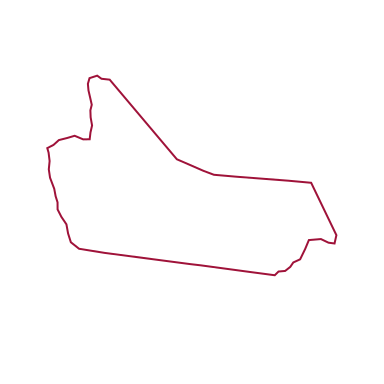 Joaquim Nabuco, Pernambuco, Brazil (Mercator projection), rotated 286°
{"feature_id": "56859067B87449360665449", "entity_name": "Joaquim Nabuco", "entity_type": "district", "adm_level": 2, "iso_a3": "BRA", "parent_name": "Brazil", "parent_adm1": "Pernambuco", "projection": "mercator", "projection_center": [-35.538, -8.57], "detail": "fine", "context": "isolated", "style": "outline", "palette": "rose", "viewbox_px": 384, "rotation_deg": 286, "n_neighbors": 0, "source": "geoboundaries", "source_scale": "gbopen_adm2", "svg_char_len": 793}
<svg xmlns="http://www.w3.org/2000/svg" viewBox="0 0 384 384"><g transform="rotate(286 192 192)"><path d="M277.3,81.9L275.9,73.8L277.7,68.8L273.2,62.1L267.3,62.1L261.1,64.5L253.7,68.6L248.2,71.6L242.5,71.8L235.8,74.0L228.4,77.6L221.2,78.0L214.5,79.1L212.6,72.9L213.7,63.7L209.5,57.1L205.2,49.7L199.1,45.9L194.3,40.8L190.3,43.3L182.5,46.6L174.3,48.1L166.6,51.6L157.1,58.7L150.3,62.1L145.0,65.6L138.2,67.6L132.1,73.3L126.3,80.2L118.0,84.3L110.3,89.4L106.3,99.1L109.4,124.9L122.2,210.2L123.9,220.5L131.3,271.1L134.8,294.5L139.4,297.1L141.8,303.3L147.1,307.1L152.2,308.8L157.1,314.5L168.5,316.5L178.0,317.6L182.3,328.9L180.9,337.2L181.8,343.2L190.3,342.7L233.7,304.0L229.5,281.9L218.9,230.3L214.6,208.3L215.5,197.2L219.3,168.4L277.3,81.9Z" fill="none" stroke="#9f1239" stroke-width="2"/></g></svg>